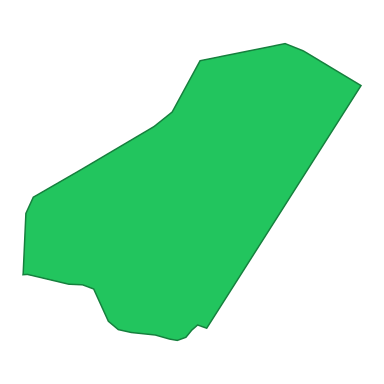 map outline of Ali Sabieh (Mercator projection)
{"feature_id": "DJI-1566", "entity_name": "Ali Sabieh", "entity_type": "Region", "adm_level": 1, "iso_a3": "DJI", "parent_name": "Djibouti", "parent_adm1": "", "projection": "mercator", "projection_center": [42.821, 11.228], "detail": "fine", "context": "isolated", "style": "filled", "palette": "green", "viewbox_px": 384, "rotation_deg": 0, "n_neighbors": 0, "source": "natural_earth", "source_scale": "10m", "svg_char_len": 430}
<svg xmlns="http://www.w3.org/2000/svg" viewBox="0 0 384 384"><path d="M361.0,85.6L206.7,328.2L197.6,325.0L191.8,330.1L185.9,337.3L177.3,340.4L169.7,339.1L155.3,335.0L131.3,332.5L118.3,329.6L108.4,321.3L93.7,289.0L82.5,284.8L68.7,284.2L27.4,274.4L23.0,274.7L23.2,273.2L25.9,213.4L33.3,197.2L80.3,170.1L154.1,126.5L172.2,112.0L200.1,60.7L285.1,43.6L303.5,51.0L361.0,85.6Z" fill="#22c55e" stroke="#15803d" stroke-width="1.5"/></svg>